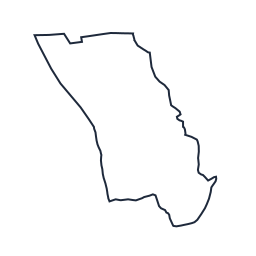 outline of As-Safira, Aleppo, Syria, rotated 173°
{"feature_id": "27442178B22464389911891", "entity_name": "As-Safira", "entity_type": "district", "adm_level": 2, "iso_a3": "SYR", "parent_name": "Syria", "parent_adm1": "Aleppo", "projection": "orthographic", "projection_center": [37.544, 35.815], "detail": "fine", "context": "isolated", "style": "outline", "palette": "slate", "viewbox_px": 256, "rotation_deg": 173, "n_neighbors": 0, "source": "geoboundaries", "source_scale": "gbopen_adm2", "svg_char_len": 2157}
<svg xmlns="http://www.w3.org/2000/svg" viewBox="0 0 256 256"><g transform="rotate(173 128 128)"><path d="M97.2,200.2L97.6,200.3L98.0,200.4L98.6,200.6L99.1,200.8L99.6,201.3L100.1,201.7L100.6,202.2L101.1,202.6L101.6,203.0L102.1,203.4L102.5,203.7L102.9,204.0L103.4,204.4L103.9,204.9L104.4,205.3L105.4,206.1L105.9,206.6L106.4,207.0L107.0,207.5L107.5,207.9L108.0,208.3L108.4,208.7L108.7,209.4L109.0,210.1L109.3,210.7L109.6,211.4L109.9,212.1L110.2,212.8L110.5,213.5L110.8,214.1L111.0,214.3L110.9,214.9L111.0,216.0L111.1,216.7L111.3,218.0L111.3,218.6L111.5,219.2L111.6,219.9L111.7,220.6L111.5,221.2L116.8,222.0L121.3,222.6L128.5,223.7L133.7,224.4L140.7,224.3L157.2,223.9L163.4,223.8L163.2,219.1L175.1,219.0L180.0,229.3L184.1,229.5L195.1,230.0L209.4,231.5L206.9,222.6L197.0,196.2L189.6,180.4L172.5,154.2L165.8,141.5L161.7,133.2L161.7,131.4L161.1,128.9L160.8,127.7L160.8,123.8L160.7,119.2L160.5,117.7L160.3,115.6L159.4,112.1L159.1,111.4L158.9,110.7L158.2,108.7L158.0,106.5L157.9,105.5L157.7,104.5L158.1,102.9L158.8,99.2L158.9,94.2L158.5,90.3L158.6,85.4L158.2,81.1L158.0,80.3L157.3,76.5L157.1,75.4L157.0,74.3L156.9,73.6L156.5,70.2L156.5,69.6L156.5,69.4L156.4,67.2L156.4,64.9L156.2,62.7L156.1,61.0L156.1,60.4L155.9,59.8L155.6,58.6L155.3,57.4L150.0,58.5L148.9,58.7L144.8,57.4L143.9,57.2L136.6,57.2L131.9,55.9L129.0,55.2L122.6,56.6L120.4,57.5L114.9,58.2L111.4,59.1L108.9,57.8L108.0,53.4L106.7,46.7L105.0,44.3L101.2,42.0L100.2,39.4L98.6,38.5L97.7,36.8L97.5,33.2L95.2,25.9L94.9,25.3L91.9,24.5L87.3,24.7L84.2,25.0L80.4,25.3L76.2,25.8L73.5,26.4L70.4,28.4L68.1,31.0L65.8,33.6L61.4,39.0L59.0,42.9L56.2,48.0L53.7,54.4L52.5,58.9L50.6,61.1L50.1,61.6L47.6,64.4L46.6,66.8L46.6,68.9L48.7,68.7L51.5,67.4L54.9,66.1L57.6,70.0L59.3,72.2L61.1,73.0L63.3,75.0L63.7,77.9L62.2,83.2L62.1,87.8L62.1,89.6L60.6,95.8L60.0,101.7L60.5,106.2L61.1,108.1L66.1,111.5L72.1,114.3L71.8,114.9L71.6,115.5L71.7,119.7L72.4,121.8L73.2,122.4L72.6,127.6L74.6,128.8L75.9,129.3L77.9,131.1L78.1,133.2L75.7,134.3L74.2,135.1L74.7,137.9L78.6,142.0L80.9,143.9L82.4,145.3L82.7,149.3L83.2,155.2L83.0,160.7L86.5,166.2L91.0,170.2L94.7,175.6L97.2,185.7L97.2,200.2Z" fill="none" stroke="#1e293b" stroke-width="2"/></g></svg>